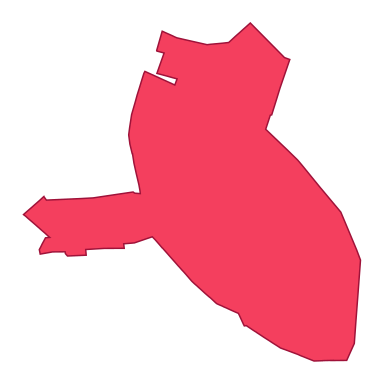 the district of Dudestii Vechi, Timis, Romania
{"feature_id": "2599482B33662802987078", "entity_name": "Dudestii Vechi", "entity_type": "district", "adm_level": 2, "iso_a3": "ROU", "parent_name": "Romania", "parent_adm1": "Timis", "projection": "equal_earth", "projection_center": [20.432, 46.07], "detail": "fine", "context": "isolated", "style": "filled", "palette": "rose", "viewbox_px": 384, "rotation_deg": 0, "n_neighbors": 0, "source": "geoboundaries", "source_scale": "gbopen_adm2", "svg_char_len": 2125}
<svg xmlns="http://www.w3.org/2000/svg" viewBox="0 0 384 384"><path d="M333.3,360.5L346.7,360.4L351.6,349.5L354.3,343.5L355.9,321.4L358.1,292.4L360.5,260.1L356.7,250.0L340.8,212.1L321.4,188.9L320.6,188.0L310.9,176.1L301.6,164.7L297.7,160.1L288.2,150.8L265.7,129.3L270.3,115.2L271.7,114.9L276.4,99.8L280.0,88.1L285.9,70.9L289.8,59.5L284.5,57.6L284.3,57.4L250.3,23.0L250.1,23.2L243.7,28.9L239.4,32.8L237.1,34.8L235.2,36.5L231.0,40.4L228.7,42.5L222.4,43.2L210.2,44.3L207.1,44.7L184.6,39.6L176.8,37.8L174.3,36.7L172.5,35.8L169.8,34.6L168.0,33.8L165.3,32.6L162.5,31.3L162.2,31.2L156.7,50.4L156.7,50.8L156.8,51.0L157.0,51.1L164.1,53.0L156.9,73.4L177.1,78.9L174.8,85.0L144.9,71.4L143.9,73.3L141.9,79.7L139.4,87.9L137.1,95.2L135.3,101.8L131.6,114.6L129.6,127.8L128.7,134.9L129.9,144.1L132.2,153.7L132.5,153.7L134.0,163.4L136.2,173.3L138.9,184.7L140.0,190.9L140.2,192.6L140.3,193.6L134.7,193.2L133.1,192.0L117.4,194.3L93.2,197.9L80.3,198.6L46.4,200.1L44.0,196.8L43.9,196.5L43.3,197.0L39.4,200.6L26.5,211.9L23.9,214.2L23.5,214.6L25.6,216.2L28.6,218.9L31.9,221.7L35.0,224.4L38.3,227.3L41.1,229.8L44.0,232.3L47.0,235.0L49.7,237.4L45.5,237.8L43.9,240.8L42.2,243.9L40.8,246.8L39.3,249.6L40.2,254.1L49.9,252.4L52.6,251.9L65.1,251.8L65.4,253.6L67.5,256.0L86.2,255.2L85.7,249.5L104.2,248.4L124.2,248.3L123.7,243.8L134.4,242.9L147.2,238.5L152.3,236.8L155.3,239.9L159.4,244.6L162.3,248.0L162.5,248.0L163.6,249.3L167.5,253.7L171.0,257.7L175.0,262.2L178.5,266.2L179.1,266.8L181.8,269.9L182.6,270.7L185.3,273.7L189.7,278.8L191.7,281.1L192.3,281.7L194.5,283.8L195.8,284.9L199.0,287.8L202.2,290.7L204.9,293.2L207.2,295.2L209.3,297.0L209.5,297.2L209.8,297.3L212.2,299.5L215.9,303.0L216.2,303.2L216.8,303.7L219.4,304.9L222.3,306.1L223.8,306.9L226.5,308.0L227.5,308.5L231.4,310.3L235.9,312.3L238.3,313.3L238.5,313.6L239.3,315.2L240.8,318.5L243.7,324.8L244.0,325.3L244.3,325.9L244.5,325.9L246.3,325.6L248.5,327.1L253.1,330.2L259.7,334.5L264.2,337.5L268.3,340.1L272.4,342.8L276.5,345.4L280.5,348.0L298.1,354.5L300.2,355.5L314.0,361.0L322.7,360.7L322.8,360.6L332.1,360.4L332.0,360.5L333.3,360.5Z" fill="#f43f5e" stroke="#9f1239" stroke-width="1.5"/></svg>